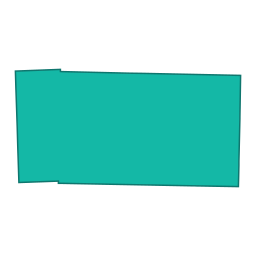 Utracán, La Pampa, Argentina (Albers equal-area conic projection)
{"feature_id": "61730980B38803740288067", "entity_name": "Utracán", "entity_type": "district", "adm_level": 2, "iso_a3": "ARG", "parent_name": "Argentina", "parent_adm1": "La Pampa", "projection": "albers", "projection_center": [-65.237, -37.33], "detail": "fine", "context": "isolated", "style": "filled", "palette": "teal", "viewbox_px": 256, "rotation_deg": 0, "n_neighbors": 0, "source": "geoboundaries", "source_scale": "gbopen_adm2", "svg_char_len": 465}
<svg xmlns="http://www.w3.org/2000/svg" viewBox="0 0 256 256"><path d="M18.9,182.5L19.0,182.5L21.5,182.4L58.4,181.1L58.4,182.0L58.4,183.3L60.4,183.3L193.2,185.8L195.0,185.8L196.9,185.9L197.9,185.9L238.4,186.6L238.6,178.7L238.9,165.4L238.9,161.3L239.9,118.8L239.9,117.1L240.6,75.4L143.2,73.4L129.8,73.2L61.8,71.6L60.4,71.5L60.4,69.7L60.4,69.4L18.1,71.0L15.4,71.1L15.9,88.2L17.2,126.8L17.7,144.8L18.9,182.5Z" fill="#14b8a6" stroke="#0f766e" stroke-width="1.5"/></svg>